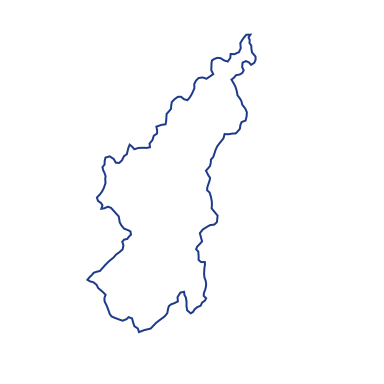 outline of Materlândia, Minas Gerais, Brazil, rotated 326°
{"feature_id": "56859067B41268860944620", "entity_name": "Materlândia", "entity_type": "district", "adm_level": 2, "iso_a3": "BRA", "parent_name": "Brazil", "parent_adm1": "Minas Gerais", "projection": "mercator", "projection_center": [-43.034, -18.467], "detail": "fine", "context": "isolated", "style": "outline", "palette": "blue", "viewbox_px": 384, "rotation_deg": 326, "n_neighbors": 0, "source": "geoboundaries", "source_scale": "gbopen_adm2", "svg_char_len": 3240}
<svg xmlns="http://www.w3.org/2000/svg" viewBox="0 0 384 384"><g transform="rotate(326 192 192)"><path d="M328.4,94.2L325.0,92.0L321.7,92.9L318.8,94.0L315.3,95.6L312.8,100.1L309.1,102.3L304.3,101.5L301.2,99.2L298.7,102.3L294.6,103.8L292.2,100.9L290.4,96.8L287.9,94.9L285.1,94.2L282.1,94.1L280.2,96.2L278.5,98.5L276.1,101.8L275.5,106.2L271.0,106.2L267.3,106.2L264.9,103.0L261.2,101.2L257.5,101.9L254.2,103.8L252.0,107.3L249.1,109.2L246.0,111.0L242.6,112.5L239.6,113.3L237.3,110.7L236.2,107.0L233.5,105.2L229.5,105.3L225.6,106.1L223.2,108.6L221.1,111.3L218.2,112.2L214.6,113.1L212.1,116.3L210.2,118.8L207.9,121.1L204.3,119.3L199.0,117.9L197.4,121.7L195.7,124.0L191.8,124.0L188.1,126.9L183.9,128.1L182.2,131.4L179.4,130.3L176.2,128.0L172.2,125.5L168.1,124.3L167.7,120.9L166.8,117.9L164.0,119.8L161.5,122.0L159.2,124.2L155.6,124.3L151.6,126.6L147.9,127.2L145.2,125.1L145.6,121.0L143.7,116.4L139.5,115.1L137.0,117.4L134.9,120.3L131.6,121.4L130.5,124.5L130.1,127.4L129.2,130.6L127.3,132.7L125.4,136.1L121.3,139.3L117.9,141.2L114.4,142.5L110.1,143.4L109.1,146.7L110.4,150.2L110.3,153.0L107.5,155.2L110.0,156.4L114.1,157.2L116.0,159.9L116.4,162.7L117.0,167.2L117.6,171.2L116.3,174.2L115.1,176.8L114.8,180.3L115.2,184.4L117.6,187.8L118.9,190.2L117.6,193.2L114.6,193.8L112.1,194.7L109.0,193.5L106.4,194.2L105.4,197.8L102.3,200.8L98.0,201.3L94.1,201.4L90.1,202.5L86.0,202.8L83.2,203.2L79.3,204.0L74.9,205.1L71.4,206.0L68.1,204.7L65.3,204.0L62.7,204.8L59.2,205.4L56.2,206.3L57.5,209.1L59.8,211.7L61.0,215.6L60.5,219.2L61.3,221.9L62.2,225.2L62.9,228.9L60.0,231.0L58.3,234.0L57.8,238.1L56.6,243.4L55.6,247.0L55.7,250.1L57.5,253.0L59.9,256.4L62.5,259.9L66.6,260.8L69.5,260.3L71.6,263.3L70.3,267.1L69.2,271.1L70.8,274.9L69.7,278.5L75.2,279.8L78.2,280.9L81.3,282.1L85.0,281.3L89.0,280.4L93.7,280.1L96.8,280.0L100.0,279.8L103.8,278.6L106.9,275.4L109.0,273.7L111.8,273.4L115.2,274.3L119.1,274.8L121.2,271.1L123.8,269.9L126.3,268.9L129.6,270.3L128.2,273.1L127.9,276.1L126.2,279.8L123.7,283.4L121.8,287.4L123.1,291.9L125.8,292.0L128.6,290.7L132.2,290.4L135.5,291.1L138.6,289.3L141.8,289.3L144.3,288.0L143.6,284.6L145.4,282.4L148.4,280.3L150.7,278.2L152.4,276.0L153.8,272.9L154.4,270.1L156.1,266.8L158.2,264.0L160.1,261.6L162.0,259.6L163.5,257.3L160.3,255.1L159.5,252.0L161.7,248.7L163.9,244.9L163.4,241.7L165.8,240.2L169.1,239.5L172.7,238.6L174.0,234.8L175.5,230.5L180.2,229.1L185.5,229.3L188.7,229.6L192.2,231.5L195.8,230.9L197.7,228.7L200.0,225.9L199.5,220.8L199.1,216.6L200.8,214.5L203.0,211.2L205.0,206.6L206.3,202.2L205.5,199.0L207.4,196.6L209.9,194.7L212.8,192.5L214.9,190.5L214.9,187.0L215.5,182.1L218.6,181.4L221.5,180.5L223.6,178.6L225.9,175.7L229.1,174.9L231.8,172.9L234.8,170.5L238.5,168.2L243.6,166.5L248.1,165.1L251.4,162.2L254.5,164.5L257.8,166.0L261.1,167.9L264.2,167.2L267.0,166.4L269.6,163.5L272.2,161.8L276.4,162.7L279.8,159.6L282.1,156.5L282.8,152.7L282.5,147.7L283.8,144.2L284.0,141.4L283.8,137.3L285.8,132.7L287.0,128.5L287.3,124.9L287.6,120.9L290.8,120.7L293.7,119.8L297.4,121.3L300.4,121.4L302.9,120.0L303.4,116.5L306.3,113.0L309.9,113.6L311.7,116.5L312.1,119.6L315.9,119.7L318.7,117.9L320.4,115.2L319.8,110.0L321.1,106.9L323.0,103.8L323.0,100.6L324.8,98.3L325.4,95.4L328.4,94.2Z" fill="none" stroke="#1e3a8a" stroke-width="2"/></g></svg>